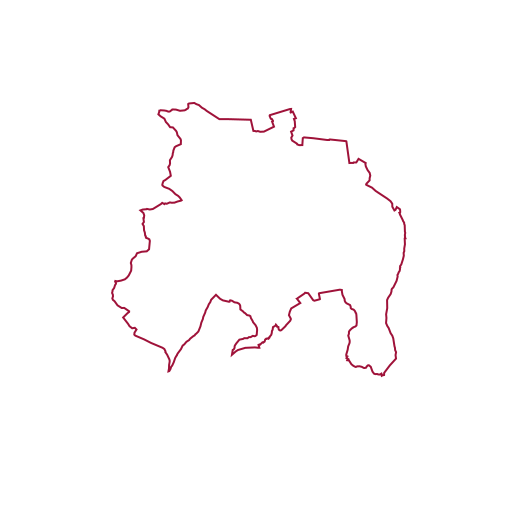 Babadag, Tulcea, Romania, rotated 50°
{"feature_id": "2599482B29104749782755", "entity_name": "Babadag", "entity_type": "district", "adm_level": 2, "iso_a3": "ROU", "parent_name": "Romania", "parent_adm1": "Tulcea", "projection": "natural_earth1", "projection_center": [28.737, 44.879], "detail": "fine", "context": "isolated", "style": "outline", "palette": "rose", "viewbox_px": 512, "rotation_deg": 50, "n_neighbors": 0, "source": "geoboundaries", "source_scale": "gbopen_adm2", "svg_char_len": 6137}
<svg xmlns="http://www.w3.org/2000/svg" viewBox="0 0 512 512"><g transform="rotate(50 256 256)"><path d="M288.1,397.2L288.4,396.4L287.7,394.4L286.3,392.1L286.1,390.7L284.5,387.3L282.2,383.5L281.4,381.4L281.3,380.5L280.9,380.1L280.3,378.5L279.1,373.3L277.5,369.8L277.6,367.8L277.0,364.4L277.4,361.3L277.0,359.6L277.1,355.3L277.4,354.2L277.0,352.7L277.1,351.7L276.8,348.7L274.2,343.8L271.9,340.7L270.1,337.2L268.8,335.6L266.7,331.3L265.4,329.5L264.1,325.9L262.6,323.1L262.0,320.8L260.7,318.5L260.0,311.6L265.7,311.0L268.7,309.9L273.7,306.1L274.0,305.6L273.3,304.5L273.6,304.0L275.0,303.1L277.6,302.3L279.8,300.4L281.6,299.7L282.8,299.7L284.0,300.1L286.9,302.3L290.3,301.5L291.3,301.6L292.7,301.1L295.6,300.8L297.4,299.3L298.5,299.0L300.3,299.8L303.4,300.3L304.9,300.8L308.7,300.8L311.6,301.5L313.4,302.7L316.9,306.2L316.9,307.9L316.6,308.6L315.1,309.8L314.7,312.3L313.6,313.6L313.5,315.4L311.4,317.8L311.2,319.2L309.4,322.5L310.3,327.3L311.0,329.7L311.5,330.5L312.5,331.4L313.0,332.3L313.2,333.4L313.0,334.2L316.2,337.9L316.1,332.8L316.4,330.3L319.5,323.2L325.3,315.6L327.5,313.5L328.4,312.4L325.7,311.2L326.2,309.7L326.5,309.7L326.3,306.5L326.7,305.7L327.0,305.8L327.1,304.4L325.9,302.7L325.9,301.3L326.3,301.2L326.7,299.8L327.4,299.6L327.2,298.3L326.8,298.3L326.2,295.0L325.1,293.4L323.7,292.0L323.2,290.7L321.4,288.7L321.9,285.9L321.4,284.9L322.9,284.9L323.7,285.3L324.8,284.5L326.4,285.6L327.4,285.8L328.6,285.4L329.1,284.3L328.7,278.4L328.4,277.9L327.6,271.4L326.8,269.9L326.3,269.6L322.5,268.8L320.4,265.9L318.8,262.7L320.5,252.3L315.1,252.1L315.3,251.7L315.1,251.2L315.2,250.0L315.9,243.0L315.7,242.0L318.1,239.9L326.6,240.6L327.8,240.0L330.1,235.0L330.1,234.7L325.3,232.1L325.1,231.8L325.2,231.4L335.7,213.4L337.2,212.1L338.5,213.1L341.3,214.7L345.9,215.8L347.3,216.8L349.0,217.2L350.5,217.0L354.0,215.5L355.4,215.9L356.8,216.9L358.0,216.8L359.8,215.7L361.0,215.6L362.3,215.7L363.4,216.2L364.2,216.1L365.7,217.0L371.5,221.3L373.8,223.7L373.9,225.1L373.1,227.5L373.3,228.4L373.0,228.9L373.3,232.2L373.8,233.5L375.3,234.8L376.3,236.5L380.8,238.5L382.1,239.5L382.9,240.5L384.5,243.5L386.7,246.0L389.5,250.2L390.5,251.0L391.2,250.7L390.9,252.0L391.3,251.4L392.6,251.7L392.5,252.6L392.8,253.1L392.7,252.6L393.1,251.9L394.5,251.5L394.7,251.8L394.3,252.7L394.5,253.1L395.8,251.9L400.2,252.5L402.8,252.0L404.9,251.1L405.2,250.8L405.6,249.4L407.0,247.6L408.9,246.2L411.0,245.4L411.7,244.7L412.3,243.4L411.8,242.3L411.7,240.6L412.2,239.8L414.6,239.3L419.5,241.1L422.1,241.2L423.2,240.5L424.3,239.0L425.2,238.6L426.2,237.6L426.5,236.9L426.7,235.5L428.4,236.0L428.3,236.6L428.6,236.7L428.7,235.9L429.5,234.4L427.9,232.9L425.8,223.7L424.6,214.7L421.6,212.8L419.7,210.5L417.5,209.9L415.7,208.6L414.1,207.9L407.3,203.8L404.6,202.8L401.7,202.5L396.5,200.7L394.0,200.4L391.0,199.5L387.3,195.9L384.3,193.8L380.3,189.0L374.0,183.9L372.9,181.6L371.7,177.3L370.3,175.1L368.8,173.6L368.5,172.9L368.3,170.9L365.4,164.3L362.8,160.7L361.5,159.9L361.0,158.5L360.2,157.2L359.8,155.6L358.5,154.0L357.7,153.5L357.6,152.9L356.4,152.2L355.9,150.2L353.0,145.6L350.8,142.6L348.5,140.9L347.6,139.3L345.6,137.7L342.8,134.4L338.1,130.8L338.0,130.4L338.3,130.1L337.1,129.7L336.6,129.0L335.7,128.6L334.2,126.8L333.1,126.3L328.0,122.3L326.6,121.8L325.7,121.1L323.5,120.8L322.9,120.5L316.6,119.0L316.0,118.6L315.1,118.4L315.4,117.8L315.1,117.3L313.2,115.9L312.6,115.7L309.0,116.7L310.3,119.5L310.1,120.7L305.9,119.9L303.5,118.0L300.5,117.7L296.3,118.6L283.2,122.5L278.2,123.2L272.3,125.8L272.0,125.7L271.6,124.9L271.1,120.4L269.4,118.9L267.9,116.8L265.4,115.5L262.0,115.3L258.0,114.3L255.9,113.1L255.3,112.2L247.5,115.0L248.8,119.0L247.1,121.1L247.2,121.8L246.4,122.6L244.8,124.7L226.3,113.1L225.9,113.2L214.2,124.5L214.0,124.9L214.2,125.3L212.8,127.0L202.5,136.5L196.0,143.0L195.8,144.4L200.8,149.2L198.9,151.6L197.0,152.7L196.3,152.4L190.8,154.1L189.3,153.7L188.0,152.9L187.2,150.6L183.3,149.2L183.9,146.5L182.3,145.1L182.5,144.6L182.4,143.1L177.7,139.7L175.4,138.8L176.1,136.9L169.0,135.0L168.4,137.2L168.2,137.2L165.9,134.6L165.2,135.6L157.0,154.9L157.4,155.5L159.9,156.3L160.9,156.3L161.3,155.8L163.4,156.1L163.6,156.3L163.4,157.3L168.5,159.1L165.8,170.0L163.5,173.0L161.5,174.2L160.7,175.8L159.6,176.4L158.5,177.6L148.3,172.4L134.1,188.4L127.6,196.1L113.2,200.5L110.6,201.0L107.7,202.1L103.7,202.7L101.3,204.1L99.1,204.9L96.1,209.3L96.0,210.3L98.6,212.1L99.2,213.5L98.8,214.9L98.9,215.8L98.5,217.1L95.9,220.9L92.4,223.2L90.1,225.7L89.9,226.2L90.1,226.8L89.9,227.7L90.0,228.6L89.5,229.9L88.2,230.9L87.5,231.1L85.5,232.8L83.0,235.4L83.0,235.8L82.5,236.6L83.6,237.8L84.7,239.7L87.6,239.3L91.9,237.9L95.4,238.9L98.7,238.7L102.1,239.0L104.1,237.0L108.8,236.8L110.3,237.1L113.0,238.5L117.8,238.6L119.1,239.1L122.0,241.7L120.5,246.8L120.4,248.4L122.1,251.5L123.4,252.9L123.8,253.7L125.1,255.0L126.1,256.6L127.3,260.4L129.9,262.4L130.9,263.8L131.5,266.1L136.2,267.7L139.8,269.7L139.5,276.6L139.1,278.7L140.1,280.5L141.3,282.1L142.0,282.3L144.1,281.9L148.8,279.3L152.5,278.3L156.8,278.0L159.9,277.0L162.1,276.8L165.5,277.1L165.4,277.9L163.9,280.9L162.7,284.2L160.9,286.5L159.6,287.5L158.6,290.8L157.3,291.8L157.4,292.8L155.0,293.7L155.1,295.4L153.7,304.8L152.1,307.5L149.8,309.3L149.8,309.8L147.6,312.9L146.8,315.2L150.7,314.6L153.0,315.5L154.8,317.4L154.6,317.9L157.9,320.0L158.5,322.3L161.0,322.7L164.3,325.2L166.6,326.1L169.2,327.8L170.1,327.7L171.1,328.5L171.7,328.5L172.6,327.8L174.6,327.0L176.2,327.6L182.1,333.6L182.2,336.7L179.3,340.8L177.4,345.4L178.8,348.3L178.8,352.3L179.1,353.6L180.9,356.4L182.9,357.3L184.5,358.6L187.0,361.1L189.1,366.0L189.6,368.7L189.6,371.4L188.1,375.2L186.1,378.7L184.7,379.8L185.1,380.4L186.4,380.5L187.2,381.1L187.7,382.7L189.3,385.2L190.0,387.9L190.7,388.5L191.8,390.0L193.6,390.5L195.0,391.5L196.1,393.3L197.6,393.8L199.7,393.4L204.8,393.8L209.5,392.3L211.1,390.3L216.8,388.7L217.3,389.2L217.2,391.2L217.7,397.3L225.7,397.6L228.5,398.0L231.8,397.3L233.1,395.0L235.5,394.8L236.6,398.3L237.9,399.7L238.4,399.8L239.5,399.6L248.0,395.3L255.1,392.3L266.2,386.6L268.3,386.0L270.9,386.6L271.3,387.2L274.4,387.5L279.4,388.8L280.5,389.3L281.5,390.1L283.6,392.6L286.2,394.9L288.1,397.2Z" fill="none" stroke="#9f1239" stroke-width="2"/></g></svg>